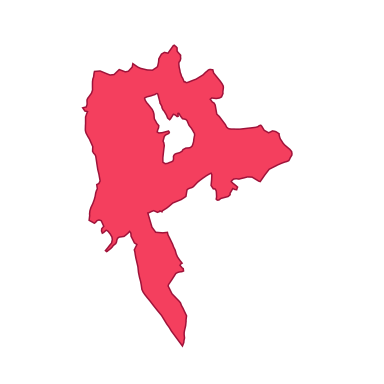 the district of Kafr Al-Shaykh, Kafr ash Shaykh, Egypt, rotated 165°
{"feature_id": "37247803B58059087530492", "entity_name": "Kafr Al-Shaykh", "entity_type": "district", "adm_level": 2, "iso_a3": "EGY", "parent_name": "Egypt", "parent_adm1": "Kafr ash Shaykh", "projection": "albers", "projection_center": [30.959, 31.2], "detail": "fine", "context": "isolated", "style": "filled", "palette": "rose", "viewbox_px": 384, "rotation_deg": 165, "n_neighbors": 0, "source": "geoboundaries", "source_scale": "gbopen_adm2", "svg_char_len": 6100}
<svg xmlns="http://www.w3.org/2000/svg" viewBox="0 0 384 384"><g transform="rotate(165 192 192)"><path d="M241.1,45.7L238.9,48.7L238.1,50.8L237.0,52.9L236.5,56.3L235.9,58.4L234.9,60.5L232.8,64.4L231.2,68.6L230.9,69.9L229.3,73.8L230.3,79.1L230.8,82.0L231.6,85.2L231.8,87.8L232.6,89.7L237.7,98.9L239.4,107.4L238.6,108.7L234.4,112.3L228.7,117.5L226.6,118.0L224.5,118.0L222.7,117.7L221.7,117.7L220.6,117.9L220.3,120.3L221.1,121.1L222.6,124.3L221.6,125.3L220.8,125.6L220.0,125.8L220.3,126.6L221.3,128.8L222.8,133.0L223.3,136.2L223.3,140.1L224.0,143.5L224.3,146.7L225.5,153.0L225.8,154.4L226.0,155.4L226.3,157.0L226.2,159.4L230.8,160.1L237.5,162.5L239.8,168.4L240.1,183.1L239.6,183.0L235.9,183.7L233.8,183.9L231.2,181.8L230.7,181.3L228.7,181.5L227.9,182.0L226.1,180.6L225.5,181.5L223.2,182.2L220.6,183.0L218.2,184.0L213.5,186.3L211.5,186.6L204.4,187.5L201.3,188.5L199.0,189.3L198.2,191.1L196.3,195.3L194.7,196.1L192.4,196.3L191.1,196.3L190.4,196.5L189.3,196.8L186.7,198.4L184.3,199.9L181.4,201.2L178.1,202.5L173.9,204.0L171.8,204.6L170.2,205.0L169.7,205.1L168.7,205.2L168.4,203.4L170.0,198.4L171.1,195.5L171.9,193.4L170.6,189.5L169.1,189.2L168.3,187.1L168.6,185.0L169.4,181.3L169.9,180.0L170.5,178.9L169.7,177.6L168.1,177.3L165.8,178.3L162.7,178.3L158.2,178.3L155.9,179.5L155.6,180.9L151.7,184.8L150.1,183.4L148.3,182.6L147.1,184.5L146.7,184.9L147.8,186.6L149.3,188.7L150.1,189.7L151.4,191.9L150.8,192.6L148.5,193.7L145.9,193.4L143.3,192.3L141.2,192.3L137.6,192.2L134.5,192.2L130.7,191.0L130.1,190.8L124.7,185.2L123.4,184.4L122.4,185.3L121.3,186.2L117.3,189.6L113.9,192.2L111.6,194.0L102.2,196.0L98.8,196.5L97.0,196.7L94.9,196.9L92.6,196.9L90.5,197.2L89.7,197.9L88.1,199.8L86.0,201.8L85.5,203.2L85.3,205.3L86.5,207.9L90.4,213.5L91.4,215.6L92.4,218.8L92.9,220.1L93.1,221.7L93.1,224.8L92.7,225.5L93.9,227.0L95.4,228.6L96.2,229.1L97.2,229.6L98.5,230.2L100.6,229.7L102.7,229.4L106.3,232.9L107.6,237.4L108.3,238.7L109.9,238.7L111.5,238.0L113.8,238.0L115.9,238.3L117.3,238.5L118.2,238.6L121.3,239.1L122.0,239.2L129.4,240.3L132.5,241.1L136.1,242.2L137.4,242.5L139.5,243.3L140.5,243.9L141.8,245.7L142.3,248.4L146.1,257.9L147.9,260.8L147.1,270.0L147.6,272.1L149.1,273.7L150.4,276.9L148.6,277.7L144.4,276.0L141.0,275.7L138.9,276.2L136.6,279.1L136.3,280.7L134.7,284.6L134.4,286.2L134.9,288.6L136.0,291.7L137.3,294.6L140.3,301.3L140.3,304.7L141.3,305.0L142.1,305.5L143.6,305.8L144.9,305.5L146.2,304.8L148.1,304.0L149.4,303.2L151.2,302.2L154.6,301.2L159.0,299.9L161.4,299.7L167.6,299.0L168.9,299.0L169.2,299.2L169.7,299.5L170.2,300.3L171.0,300.3L171.2,300.9L171.2,301.2L171.6,304.4L172.0,305.6L172.2,306.9L172.2,308.5L172.4,310.1L172.4,311.1L172.2,312.7L172.1,315.9L171.6,319.0L171.1,320.6L169.5,321.9L168.4,323.7L168.2,325.0L168.0,325.5L168.0,326.4L167.6,326.9L167.6,327.1L169.4,330.6L169.9,331.9L169.6,333.2L169.1,335.1L169.9,336.7L170.4,337.2L171.0,338.3L171.9,338.3L172.2,338.2L179.3,332.3L182.5,334.0L185.8,333.1L187.8,331.1L189.6,329.2L190.7,326.1L191.3,324.9L192.8,322.1L193.9,321.5L198.7,319.9L203.7,321.5L209.6,324.7L211.7,326.4L212.3,327.0L215.9,331.3L217.4,328.2L222.2,325.1L225.3,325.3L230.6,329.1L236.9,325.6L240.9,326.2L244.0,328.5L249.2,332.5L249.5,332.7L252.4,333.2L255.0,333.7L255.9,332.0L257.3,328.5L258.3,327.2L258.7,326.4L259.3,324.9L259.5,324.5L260.1,322.4L260.9,319.4L261.7,316.2L263.5,313.5L264.1,313.0L265.8,311.6L267.9,309.9L268.3,309.7L269.6,308.1L270.1,306.1L270.2,305.5L270.6,304.0L270.7,303.7L272.2,301.5L274.4,301.6L275.8,301.6L274.5,297.9L273.5,297.4L272.4,296.9L272.1,296.7L273.8,294.4L274.5,293.3L275.4,292.0L277.2,285.3L277.6,284.2L278.2,282.2L278.4,281.5L278.8,280.2L279.1,278.8L279.1,278.4L279.1,276.5L278.2,272.5L277.4,269.8L276.9,266.6L276.1,261.5L276.8,259.4L277.5,257.0L276.9,254.8L276.1,253.4L275.7,251.6L277.2,238.2L277.3,233.3L277.9,226.4L278.2,226.1L279.8,224.3L282.1,223.8L282.6,219.6L284.0,218.0L285.3,215.9L286.6,213.0L288.4,209.9L290.8,206.5L291.9,205.2L293.7,203.1L295.5,200.2L296.6,197.4L296.9,195.8L298.7,191.3L294.4,187.1L293.0,187.6L292.0,188.4L291.2,188.9L289.1,189.1L287.1,187.8L286.1,181.7L288.7,179.9L289.5,177.8L289.3,175.4L288.0,175.7L286.9,176.2L285.1,177.2L284.6,177.2L283.5,176.1L283.0,175.3L282.5,174.0L282.0,173.0L281.0,169.3L281.3,166.6L282.1,165.1L282.9,163.5L285.5,161.7L287.8,159.9L290.8,157.8L289.9,156.5L289.2,156.7L288.9,156.7L288.4,157.2L287.3,157.5L285.0,158.5L282.9,159.8L282.1,160.6L279.0,161.9L277.9,163.2L276.9,165.3L275.8,166.6L274.0,167.3L271.9,167.0L269.1,166.7L266.5,167.8L264.1,169.0L262.5,170.1L261.8,168.5L261.8,167.4L262.3,165.1L260.8,157.7L258.8,155.6L259.8,154.3L260.9,153.2L261.9,151.9L262.7,151.1L262.7,148.8L263.0,146.4L263.3,143.0L263.6,133.8L264.5,128.2L264.8,123.2L264.8,118.5L265.1,115.1L265.6,110.9L265.1,108.0L264.1,105.1L262.6,101.6L260.8,97.7L258.5,92.1L256.2,86.8L253.4,80.7L250.6,71.2L248.9,66.7L247.9,63.0L241.1,45.7ZM211.3,232.6L208.1,240.8L206.8,243.9L206.5,246.8L206.8,248.6L204.4,252.8L202.8,253.9L199.2,254.6L198.4,255.6L198.9,257.0L203.1,257.0L205.4,257.0L208.8,257.6L210.1,259.0L209.0,261.0L207.7,262.6L206.9,264.7L208.2,267.4L208.9,270.5L209.2,271.3L209.4,272.4L209.4,272.6L209.1,274.5L208.6,277.1L208.6,279.5L209.1,282.1L211.9,288.5L212.6,289.8L213.4,292.4L213.6,294.5L213.4,295.1L211.0,295.6L206.9,295.5L204.0,295.7L202.7,295.7L201.4,296.2L200.4,296.2L199.9,295.9L199.7,295.2L199.7,287.8L199.9,285.9L199.7,285.7L198.9,282.2L199.2,281.2L198.7,278.8L197.9,277.2L196.7,272.7L196.4,269.8L194.9,267.6L193.9,268.2L189.9,271.9L188.9,271.3L187.9,270.3L187.2,269.2L186.8,268.7L186.3,268.7L185.8,268.7L185.3,271.5L184.5,271.5L184.0,270.7L183.7,268.9L182.2,265.2L180.4,264.4L179.1,263.6L178.3,262.2L178.1,260.7L177.8,258.5L177.6,257.2L176.6,254.9L176.1,253.8L175.3,251.1L175.0,249.6L174.5,248.0L174.7,246.7L174.8,246.1L175.6,244.6L176.7,242.2L177.5,240.1L178.8,238.0L179.8,236.5L181.9,235.4L182.4,235.4L183.5,235.4L186.6,236.0L189.7,235.3L191.0,234.0L193.6,233.2L197.3,233.2L198.6,233.0L199.9,232.2L200.7,231.2L201.2,229.1L201.5,228.3L201.7,227.8L202.0,227.5L202.3,227.0L202.5,226.9L203.8,226.5L206.2,226.3L208.3,226.0L210.6,226.3L212.4,228.4L211.3,232.6Z" fill="#f43f5e" stroke="#9f1239" stroke-width="1.5"/></g></svg>